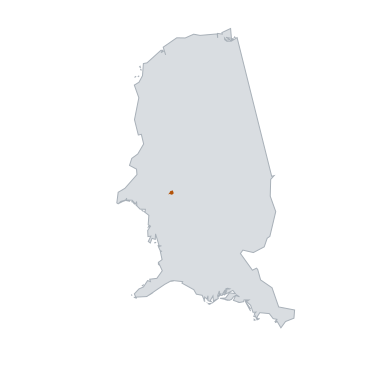 Marshall, Oklahoma, United States of America (highlighted), rotated 76°
{"feature_id": "52423323B10683524910186", "entity_name": "Marshall", "entity_type": "district", "adm_level": 2, "iso_a3": "USA", "parent_name": "United States of America", "parent_adm1": "Oklahoma", "projection": "natural_earth1", "projection_center": [-96.746, 33.999], "detail": "fine", "context": "in_parent", "style": "filled", "palette": "amber", "viewbox_px": 384, "rotation_deg": 76, "n_neighbors": 0, "source": "geoboundaries", "source_scale": "gbopen_adm2", "svg_char_len": 4249}
<svg xmlns="http://www.w3.org/2000/svg" viewBox="0 0 384 384"><g transform="rotate(76 192 192)"><path d="M304.3,137.5L324.5,135.7L331.3,121.0L339.1,123.6L340.3,132.6L345.3,138.6L337.8,140.8L337.6,142.5L336.1,140.4L334.5,143.9L328.7,146.4L325.5,155.4L329.2,159.3L331.4,158.8L330.7,157.1L331.5,157.9L331.8,159.8L325.4,161.1L324.0,159.0L323.5,161.9L316.1,162.5L310.6,166.1L311.1,164.1L310.5,162.7L309.3,167.6L310.9,168.5L310.7,172.6L307.2,178.0L303.0,174.7L305.2,171.3L302.6,173.6L303.9,177.4L305.7,179.5L306.1,181.9L301.9,190.6L303.0,185.1L298.9,180.0L301.1,174.5L297.4,176.2L299.2,184.2L295.4,181.8L294.2,182.0L295.2,179.5L295.1,178.7L294.0,180.7L294.0,182.4L299.7,185.5L298.6,186.9L295.9,184.1L295.0,183.7L298.3,187.0L299.6,187.7L299.0,189.7L297.2,188.2L300.0,191.2L299.4,191.7L298.0,190.1L294.6,189.4L298.9,192.3L301.6,192.2L304.7,199.6L302.0,193.9L302.9,197.6L297.9,196.8L301.7,200.5L303.4,199.5L301.3,202.8L296.5,201.6L299.5,203.4L297.0,205.1L300.1,206.3L294.7,207.1L292.2,212.5L287.2,213.9L278.0,223.8L276.7,222.7L273.4,231.7L273.2,233.9L275.0,240.8L282.5,261.2L280.4,272.0L276.9,272.6L273.2,266.9L272.4,262.1L267.2,256.5L268.9,254.0L266.4,254.1L267.3,247.0L261.2,239.9L252.1,241.6L250.4,237.4L241.4,237.1L242.5,235.5L241.0,237.1L236.9,237.8L236.8,234.7L236.2,236.9L223.8,237.5L229.1,239.1L227.3,242.0L231.4,244.8L229.4,246.4L224.9,242.6L224.6,245.5L218.6,244.3L215.1,240.5L213.1,242.4L204.2,239.5L199.0,243.6L200.3,242.5L197.5,241.4L196.1,246.5L190.7,249.7L192.0,248.8L188.4,248.2L189.7,249.9L185.5,252.1L183.9,257.7L182.1,256.8L183.7,258.3L183.9,263.4L185.6,266.5L184.4,267.6L174.4,263.7L172.2,256.2L161.8,241.2L156.4,240.3L151.1,246.2L144.8,242.3L142.0,235.4L133.7,227.3L123.8,227.2L123.7,230.3L107.9,230.3L87.7,220.8L74.3,222.1L72.7,216.9L67.2,211.9L55.6,208.1L55.8,204.4L47.0,187.9L47.4,186.2L49.3,188.3L48.2,184.7L52.6,184.4L44.5,184.9L38.7,169.5L40.9,161.3L39.3,152.2L42.0,146.3L44.7,129.3L48.7,129.8L44.3,128.9L46.1,124.4L44.5,124.4L42.7,115.0L52.5,116.6L50.1,121.6L53.6,118.0L52.9,122.2L50.5,123.2L52.1,123.4L54.2,121.7L55.2,117.4L53.1,110.9L196.0,110.9L196.0,108.4L198.8,112.6L215.0,117.1L231.3,115.5L253.9,127.2L255.0,130.2L262.7,135.2L265.6,147.1L260.7,156.7L263.4,159.9L282.5,152.3L281.5,147.8L283.1,147.0L293.9,146.7L304.3,137.5ZM318.5,164.5L321.7,164.0L310.5,166.9L319.6,163.4L318.5,164.5ZM53.5,114.9L54.5,117.6L54.4,118.0L52.8,116.0L53.5,114.9ZM185.4,265.7L184.1,261.1L184.2,258.6L184.4,261.3L185.4,265.7ZM338.6,141.1L338.7,142.5L338.2,142.2L338.6,141.1ZM215.2,241.9L215.5,242.9L214.5,242.1L215.2,241.9ZM60.0,212.3L61.3,211.7L61.4,211.9L60.0,212.3ZM58.5,211.9L57.9,212.6L57.5,212.0L58.5,211.9ZM328.4,161.3L327.5,162.2L327.3,162.0L328.4,161.3ZM185.0,256.2L184.2,258.3L186.1,254.3L185.0,256.2ZM280.3,254.5L281.7,258.5L280.0,254.1L280.3,254.5ZM66.7,215.6L67.2,216.7L66.6,215.7L66.7,215.6ZM281.0,272.6L279.9,273.9L281.7,271.2L281.0,272.6ZM305.2,202.2L304.1,203.7L304.8,200.0L305.2,202.2ZM52.3,112.8L52.3,113.6L51.8,113.2L52.3,112.8ZM189.7,250.8L187.8,251.7L189.8,250.5L189.7,250.8ZM331.5,161.7L331.5,162.7L330.5,162.5L331.5,161.7ZM66.5,218.7L66.9,220.0L66.3,218.8L66.5,218.7ZM187.3,252.5L186.5,253.0L187.2,252.2L187.3,252.5ZM305.7,183.6L304.6,185.7L305.9,182.8L305.7,183.6ZM198.4,244.5L197.2,245.3L199.0,243.9L198.4,244.5ZM273.7,232.8L273.5,234.4L273.3,233.3L273.7,232.8ZM300.5,206.6L300.1,206.9L301.3,205.6L300.5,206.6ZM255.4,241.2L253.9,242.1L253.2,241.9L255.4,241.2ZM236.3,237.5L236.0,237.8L235.2,237.8L236.3,237.5ZM270.8,262.2L271.0,263.4L270.5,262.0L270.8,262.2ZM232.4,239.9L232.2,240.9L232.1,239.0L232.4,239.9ZM277.7,275.4L276.8,275.6L278.0,275.2L277.7,275.4ZM310.4,173.4L309.9,174.4L310.5,172.9L310.4,173.4ZM303.1,204.0L302.6,204.4L303.1,204.0Z" fill="#d9dde1" stroke="#a8b0b8" stroke-width="1"/><path d="M186.8,210.9L186.6,210.9L186.6,211.6L186.6,212.0L186.8,212.0L186.8,212.4L187.0,212.4L187.0,212.5L187.0,212.8L187.1,213.0L187.3,213.1L187.3,212.9L187.5,212.9L187.6,213.0L187.8,213.3L187.8,213.2L188.0,213.2L188.2,212.9L188.2,212.7L188.3,212.6L188.5,212.8L188.7,212.7L188.7,212.4L188.8,212.3L188.7,212.2L188.7,212.3L188.6,212.1L188.7,211.9L188.7,212.0L188.8,211.9L188.9,211.6L188.8,211.4L188.7,211.3L188.7,211.2L188.4,210.9L188.3,211.0L188.3,210.9L186.8,210.9Z" fill="#f59e0b" stroke="#b45309" stroke-width="1.5"/></g></svg>